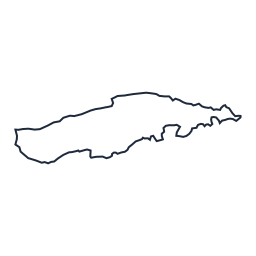 Vieques, Puerto Rico (Natural Earth projection)
{"feature_id": "32010507B52057892334666", "entity_name": "Vieques", "entity_type": "district", "adm_level": 2, "iso_a3": "PRI", "parent_name": "Puerto Rico", "parent_adm1": "", "projection": "natural_earth1", "projection_center": [-65.399, 18.121], "detail": "fine", "context": "isolated", "style": "outline", "palette": "slate", "viewbox_px": 256, "rotation_deg": 0, "n_neighbors": 0, "source": "geoboundaries", "source_scale": "gbopen_adm2", "svg_char_len": 2907}
<svg xmlns="http://www.w3.org/2000/svg" viewBox="0 0 256 256"><path d="M16.7,139.6L15.4,144.5L17.5,145.9L19.4,147.2L20.6,151.6L21.7,152.6L26.2,156.4L28.3,158.2L29.2,158.4L36.0,160.5L41.7,162.7L44.7,162.1L47.9,163.2L48.1,163.3L51.2,161.9L54.2,161.5L58.0,158.4L63.5,154.8L69.1,152.3L71.9,152.1L74.6,151.5L76.8,151.0L78.3,150.5L79.4,151.6L83.5,150.4L87.0,149.5L90.3,150.4L90.6,150.5L90.3,156.5L91.2,157.7L96.1,156.8L102.7,156.6L106.5,158.2L107.7,157.8L107.8,157.8L109.9,157.2L112.0,155.7L112.1,153.9L113.8,152.6L114.7,152.6L115.8,152.6L116.7,153.2L117.5,153.8L120.9,152.6L121.6,152.4L124.7,151.8L125.3,151.5L127.5,149.8L128.8,147.2L132.3,144.4L135.7,141.4L139.0,140.3L142.0,139.1L142.9,137.7L144.3,138.3L144.6,138.5L145.3,138.4L147.9,138.3L148.8,139.0L149.6,139.4L149.9,139.7L151.0,136.4L153.2,135.8L155.1,138.8L156.7,141.1L156.8,141.1L159.1,140.5L161.2,139.9L162.7,139.5L162.9,139.4L161.8,136.0L161.8,133.7L163.6,132.2L164.1,131.8L164.1,131.3L163.5,128.0L165.8,125.8L168.1,125.4L168.8,125.3L169.1,125.2L174.0,125.3L176.7,124.8L180.0,126.8L176.8,132.4L176.3,135.8L179.0,136.1L182.3,136.7L183.2,136.9L183.4,136.8L185.3,136.3L186.2,136.0L186.3,136.0L188.4,134.5L189.4,133.7L189.9,133.0L191.5,130.9L191.6,130.4L192.1,128.4L196.5,127.8L196.8,127.1L198.0,124.9L200.8,123.9L203.0,124.2L204.6,126.2L206.1,124.6L207.4,124.4L208.1,124.3L210.3,125.8L212.3,124.0L211.7,122.3L211.6,122.0L211.5,121.8L211.1,119.5L211.6,117.3L213.8,117.0L216.2,117.5L218.1,119.7L218.9,120.6L219.6,122.5L219.8,123.1L222.1,120.6L224.9,120.0L227.2,119.2L227.8,119.0L230.1,118.6L230.5,118.7L232.8,119.0L236.2,120.9L236.6,120.6L239.7,118.1L240.5,117.4L240.6,116.0L240.3,115.9L238.7,115.8L238.4,115.8L235.2,116.2L232.9,113.7L232.5,113.3L232.3,113.0L230.4,110.2L229.2,108.4L228.4,108.0L226.3,107.1L225.2,105.2L224.3,105.5L223.4,105.7L221.6,107.5L221.1,107.9L220.1,109.9L216.2,109.3L213.6,109.9L213.2,109.5L211.2,107.8L210.7,107.4L208.5,107.9L207.9,107.8L204.7,107.3L202.4,106.5L202.0,106.4L201.9,106.3L198.9,103.7L198.3,103.9L195.5,104.9L195.2,105.0L193.5,105.3L193.3,105.4L193.1,105.2L191.4,104.0L186.5,103.5L186.4,103.5L183.1,102.2L179.3,100.0L178.7,99.8L176.0,98.9L175.4,98.7L172.8,100.5L171.1,98.3L170.0,97.2L169.5,96.7L169.1,96.4L164.5,96.4L159.7,95.9L159.4,95.9L158.1,95.1L157.8,94.9L156.4,94.1L154.2,93.7L151.1,93.3L150.6,93.2L146.0,92.7L145.5,92.8L145.2,92.8L133.2,94.1L128.1,94.9L124.6,95.5L117.6,96.0L117.2,96.2L114.4,97.6L111.7,98.9L112.8,102.1L112.9,102.5L113.1,103.0L111.7,106.1L110.1,106.4L109.5,106.6L106.5,107.2L105.7,107.3L101.0,108.3L95.6,109.1L90.7,110.5L81.7,114.2L80.1,114.6L74.2,116.1L73.5,116.0L69.9,115.7L69.4,115.9L68.3,116.2L63.9,117.6L63.3,117.8L59.7,121.3L53.7,122.4L48.1,125.4L41.1,128.6L40.6,128.8L39.7,129.2L39.3,129.2L34.7,129.6L28.3,128.7L23.7,129.0L23.3,129.0L22.5,129.1L18.4,129.8L15.6,129.6L15.4,129.6L16.5,133.9L17.0,135.9L16.8,139.2L16.8,139.4L16.7,139.6Z" fill="none" stroke="#1e293b" stroke-width="2"/></svg>